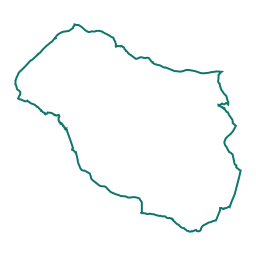 Ticusu, Brasov, Romania (orthographic projection)
{"feature_id": "2599482B19489151240121", "entity_name": "Ticusu", "entity_type": "district", "adm_level": 2, "iso_a3": "ROU", "parent_name": "Romania", "parent_adm1": "Brasov", "projection": "orthographic", "projection_center": [25.069, 45.937], "detail": "fine", "context": "isolated", "style": "outline", "palette": "teal", "viewbox_px": 256, "rotation_deg": 0, "n_neighbors": 0, "source": "geoboundaries", "source_scale": "gbopen_adm2", "svg_char_len": 5635}
<svg xmlns="http://www.w3.org/2000/svg" viewBox="0 0 256 256"><path d="M215.9,220.4L216.3,219.6L220.1,210.2L220.1,208.0L221.1,207.9L223.3,209.1L223.9,208.9L224.3,208.2L224.9,208.4L226.7,207.9L229.3,206.4L229.7,206.9L231.7,201.4L234.7,194.3L239.5,175.7L240.6,170.5L239.3,169.8L236.2,167.3L236.4,165.4L235.5,165.0L234.6,164.0L233.0,156.2L232.6,154.6L230.7,152.7L229.3,152.1L227.9,149.8L226.6,147.1L225.3,145.5L224.5,143.4L224.4,141.7L225.1,140.1L225.6,138.7L227.4,136.7L230.8,133.8L233.0,131.2L235.9,125.8L232.7,123.0L232.8,122.0L232.4,119.8L228.9,114.8L228.0,112.4L226.3,111.7L225.7,110.4L225.0,109.6L223.3,108.4L224.0,108.0L222.6,107.3L220.6,106.6L220.0,106.0L218.5,105.7L218.4,104.9L219.2,105.2L220.0,104.7L221.0,104.4L222.0,103.5L223.2,104.2L224.4,104.3L225.7,103.2L226.7,103.1L228.1,104.5L228.3,103.5L228.2,101.7L227.6,101.0L226.9,98.1L226.2,95.7L224.5,94.3L222.9,92.1L222.2,90.9L221.4,89.9L220.6,87.9L219.7,84.6L219.7,83.6L218.6,82.8L218.1,81.4L218.5,78.6L218.5,76.1L218.6,74.8L219.4,74.2L219.8,73.3L221.6,71.8L219.5,71.6L218.2,71.6L216.7,71.4L215.7,71.5L214.6,71.8L213.3,71.9L212.3,72.1L211.2,72.1L209.3,72.7L203.8,73.3L203.2,73.2L202.5,73.3L200.4,73.0L196.4,71.5L194.3,71.0L189.6,70.1L186.3,70.0L184.6,70.5L182.0,71.4L180.1,71.6L175.7,71.1L174.7,71.1L165.4,67.4L164.2,67.6L160.0,65.4L157.3,64.8L154.5,64.0L152.6,62.7L152.8,62.2L151.5,61.5L150.1,59.8L149.5,58.9L148.8,58.0L147.3,57.7L146.1,57.9L144.5,58.0L140.9,57.2L138.9,57.8L138.1,58.3L137.3,58.6L136.0,58.9L134.4,57.8L133.0,56.7L130.2,54.7L129.1,54.1L128.3,53.1L128.0,52.9L126.9,51.4L126.5,51.1L126.1,51.1L125.9,50.9L125.7,50.3L125.3,49.7L124.5,49.0L124.3,48.6L124.1,47.7L123.7,47.3L122.6,46.8L121.6,45.9L120.5,46.4L120.1,46.1L119.4,46.2L118.0,46.0L117.5,46.1L116.0,46.7L115.7,45.9L116.0,44.2L115.3,42.4L115.1,41.5L113.8,39.3L113.6,38.2L113.2,37.7L111.0,36.7L109.6,35.7L106.2,33.8L104.8,33.3L101.9,31.5L99.5,30.9L97.8,30.8L96.0,31.0L94.9,31.5L91.5,31.4L89.3,32.1L88.1,31.9L86.7,31.1L84.7,29.7L81.3,26.7L78.5,25.0L76.4,25.0L74.5,24.4L74.4,25.1L74.2,25.7L73.3,26.6L73.1,27.5L73.1,27.9L69.8,30.3L68.8,30.9L62.5,31.9L58.6,34.0L57.4,35.0L55.1,37.7L55.7,38.3L54.7,38.7L53.7,39.4L52.4,41.3L51.0,42.2L46.1,46.2L42.3,50.0L40.3,52.5L39.7,53.0L39.3,53.2L38.3,54.2L38.1,54.1L38.0,54.5L37.4,54.9L33.5,58.6L32.4,59.6L30.6,60.6L29.5,61.7L29.0,62.1L28.1,63.4L26.5,64.9L25.7,65.9L21.2,70.4L20.1,71.3L19.3,72.1L18.7,72.9L16.4,78.0L15.4,80.9L15.5,81.6L15.5,82.2L15.4,84.4L15.8,84.6L16.2,86.0L16.6,86.7L16.6,87.7L17.0,89.0L17.5,89.6L19.0,90.6L20.1,91.8L20.3,92.7L20.3,93.4L20.2,94.6L20.0,94.9L19.2,96.0L18.1,98.5L19.7,99.4L21.3,99.6L22.5,100.3L23.7,100.7L24.8,101.3L25.3,101.3L26.7,101.1L27.3,100.7L27.8,101.3L28.2,101.5L29.1,102.0L29.5,102.1L30.3,103.0L31.6,103.6L34.5,104.6L35.1,105.2L35.5,105.4L36.0,105.8L36.4,106.1L36.6,106.7L37.1,106.7L38.0,107.2L38.6,107.7L39.1,108.5L40.4,109.6L40.5,109.8L41.0,110.0L41.3,110.4L41.1,110.9L41.9,111.1L42.5,111.7L42.6,111.9L43.5,112.6L44.5,112.8L44.7,113.1L44.8,113.8L45.1,114.2L45.4,114.3L45.9,113.6L46.9,113.7L47.1,113.5L47.8,112.5L48.4,112.7L49.4,112.7L50.6,112.9L51.4,112.9L53.2,113.9L53.6,114.4L54.1,114.8L54.2,115.0L54.5,115.1L54.5,114.7L55.0,114.8L55.3,114.9L55.9,115.4L56.2,115.5L56.5,115.6L57.3,115.2L58.7,114.9L59.1,115.6L59.3,116.3L59.4,116.8L58.6,117.5L58.6,118.8L58.7,119.3L58.5,119.7L58.9,121.0L59.4,121.3L59.5,122.4L60.1,122.5L60.5,122.8L60.5,123.0L60.4,123.1L60.5,123.5L60.8,123.3L61.4,123.5L61.7,123.4L61.9,123.6L61.5,124.0L62.0,124.2L62.7,125.1L63.1,125.2L63.4,125.5L63.5,125.7L63.2,126.0L63.2,126.3L63.9,126.9L64.1,126.7L64.6,127.3L64.8,127.6L64.7,127.8L64.8,128.1L64.7,128.5L65.4,129.2L65.5,129.1L65.5,128.7L65.6,128.4L65.8,128.4L65.7,128.5L65.6,128.8L65.9,129.0L65.6,129.5L66.1,129.8L66.6,129.5L66.8,129.6L67.1,130.5L67.2,131.8L67.8,133.0L71.0,142.0L73.0,148.0L72.8,148.2L72.7,148.5L72.7,149.0L72.1,149.2L72.1,149.6L72.1,149.8L73.8,150.6L74.7,151.7L75.0,151.8L75.3,152.4L75.7,152.8L75.8,152.9L76.0,152.7L77.5,158.9L77.8,161.3L78.1,162.5L78.7,164.2L78.7,164.4L78.8,164.9L78.8,165.1L79.3,165.6L79.6,166.1L79.9,167.3L80.6,168.7L81.4,169.8L81.8,170.0L82.4,170.3L83.1,170.5L83.8,170.5L84.4,170.6L85.3,171.1L86.7,171.7L88.7,173.0L89.6,173.3L90.0,174.1L90.9,176.9L91.0,177.9L91.4,178.9L92.5,180.1L99.5,185.6L100.3,186.0L102.8,186.3L104.3,186.3L106.1,187.3L106.6,187.8L108.1,189.5L109.6,190.9L110.3,191.7L111.3,192.3L116.3,194.4L117.8,194.8L119.4,195.3L120.6,196.0L121.5,196.1L123.4,196.2L125.3,196.4L126.0,196.5L127.9,197.5L130.0,197.6L132.6,197.1L133.8,197.1L136.1,197.4L139.2,198.3L139.4,198.5L140.3,200.1L140.8,200.7L141.4,201.7L141.7,202.3L141.8,203.0L141.9,204.0L141.8,205.5L141.9,207.6L141.8,209.8L141.9,212.0L141.8,212.5L141.6,212.7L141.3,212.8L141.4,213.1L141.7,213.1L142.4,212.9L142.9,213.1L143.9,213.3L145.5,213.4L145.9,213.5L146.5,213.9L147.1,214.1L147.6,214.1L148.2,214.0L148.6,213.8L149.8,213.7L152.2,214.2L152.6,214.2L153.6,214.2L154.3,214.4L155.6,215.0L158.2,215.6L159.0,215.9L160.5,215.8L160.9,215.9L161.4,216.2L162.5,216.4L163.4,216.3L165.2,216.4L165.9,217.1L167.4,218.1L169.4,218.0L170.8,218.4L171.6,218.4L171.8,218.5L171.8,219.0L172.1,219.2L172.5,219.0L173.0,219.5L173.3,220.1L173.1,220.3L173.7,221.1L174.2,221.5L174.7,221.8L176.4,223.6L177.0,224.0L178.9,225.0L180.6,226.9L181.9,227.7L182.7,228.0L184.1,228.2L185.0,229.3L185.9,229.8L187.0,230.8L187.4,230.9L188.3,230.9L189.2,231.6L190.9,231.6L191.5,231.2L191.9,231.1L192.5,231.4L193.7,230.8L195.4,230.2L196.1,229.9L196.9,231.1L198.4,231.3L199.3,231.2L200.4,230.4L200.7,230.1L200.8,229.7L201.0,228.7L201.1,228.3L202.4,226.2L203.8,225.1L206.2,224.0L208.1,222.8L209.6,222.3L211.0,222.1L212.2,221.4L214.2,220.7L215.9,220.4Z" fill="none" stroke="#0f766e" stroke-width="2"/></svg>